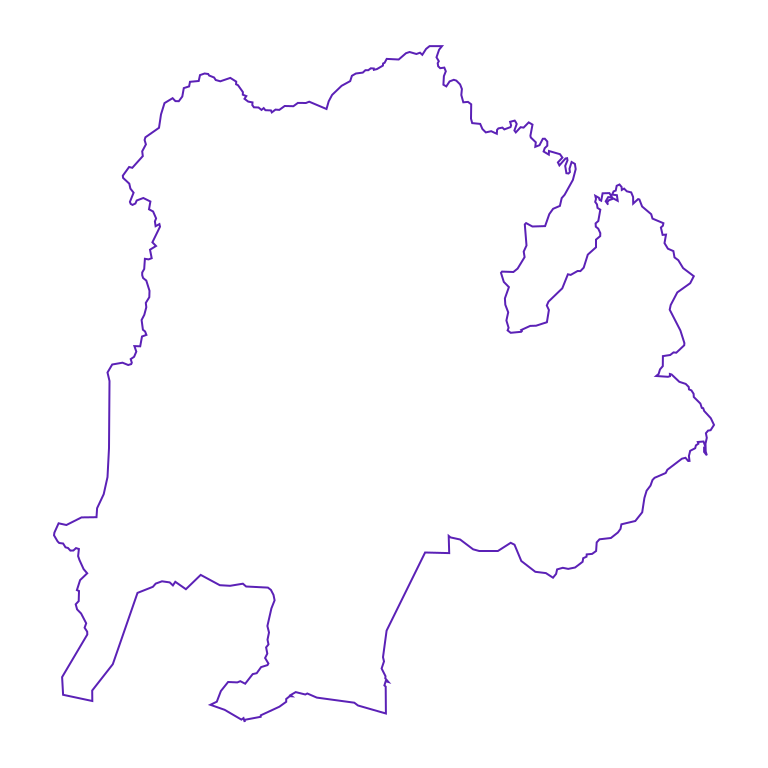 outline of Mineral del Chico, Hidalgo, Mexico
{"feature_id": "50627088B7375180759148", "entity_name": "Mineral del Chico", "entity_type": "district", "adm_level": 2, "iso_a3": "MEX", "parent_name": "Mexico", "parent_adm1": "Hidalgo", "projection": "natural_earth1", "projection_center": [-98.75, 20.22], "detail": "fine", "context": "isolated", "style": "outline", "palette": "violet", "viewbox_px": 768, "rotation_deg": 0, "n_neighbors": 0, "source": "geoboundaries", "source_scale": "gbopen_adm2", "svg_char_len": 6029}
<svg xmlns="http://www.w3.org/2000/svg" viewBox="0 0 768 768"><path d="M144.9,258.8L144.2,269.0L142.2,272.5L142.2,275.2L143.1,278.0L146.3,280.6L149.5,290.8L149.3,297.2L145.8,302.9L146.3,307.2L144.3,314.8L141.6,320.0L142.9,329.7L145.1,331.5L146.4,334.9L142.0,336.5L140.2,346.3L134.4,346.1L136.3,351.6L134.1,356.8L130.7,359.1L131.8,362.7L131.2,364.1L128.2,365.0L122.5,362.7L112.2,364.5L107.5,372.5L109.5,381.0L109.0,448.2L107.5,477.1L103.7,494.2L97.1,508.2L96.5,517.2L81.5,517.4L66.4,525.0L58.6,523.3L54.4,532.6L54.0,535.3L57.6,541.4L59.2,543.0L63.1,543.5L65.5,547.3L68.0,548.0L70.4,550.6L73.4,550.5L76.0,548.1L78.9,549.0L78.1,556.1L79.5,560.1L83.6,569.1L87.2,573.3L80.1,580.1L76.9,590.1L79.0,591.0L78.7,601.1L75.7,604.3L77.1,609.4L81.1,613.5L86.2,623.3L84.6,627.7L87.2,631.7L87.3,634.5L62.1,677.1L63.1,694.8L92.3,701.0L92.2,690.5L112.8,664.2L137.5,592.9L152.9,586.8L155.7,583.6L162.0,581.3L169.7,582.4L172.9,585.4L175.3,581.8L185.9,589.2L200.7,574.9L219.8,585.2L230.1,585.8L242.9,583.7L246.1,586.5L267.9,587.6L270.9,589.9L273.5,594.9L274.6,600.3L271.4,608.4L267.4,626.0L269.0,632.5L267.5,639.7L268.5,644.4L266.1,647.4L267.3,653.6L265.1,658.0L268.4,663.5L267.5,665.1L261.1,667.1L256.7,673.2L252.7,674.1L245.2,683.7L240.3,681.2L237.3,682.4L228.1,682.0L220.9,691.0L216.8,701.7L210.4,704.8L224.6,709.8L241.4,719.6L243.5,718.1L244.7,721.9L244.8,719.8L260.7,716.8L260.8,715.3L279.4,706.7L286.2,701.8L286.2,699.0L289.7,696.2L291.9,696.3L290.4,695.2L295.7,692.1L305.3,694.5L307.3,693.5L316.8,697.6L354.3,702.7L358.0,705.5L385.9,713.5L385.7,686.6L384.4,685.4L385.7,681.2L388.4,682.0L385.3,678.4L385.5,676.2L381.6,668.5L384.0,661.4L383.0,657.2L386.6,630.6L425.1,552.5L449.2,553.1L448.7,535.9L450.5,537.4L460.1,539.5L473.1,549.3L479.2,551.0L497.9,551.0L510.7,542.8L514.5,544.7L521.3,561.0L535.3,571.8L545.9,573.1L553.0,577.7L556.1,573.9L557.1,569.4L562.8,567.8L568.2,568.9L575.1,567.5L582.6,561.8L583.2,558.2L586.5,556.7L586.7,554.4L592.1,553.9L596.1,551.0L596.7,542.4L599.5,539.3L610.9,538.0L617.9,532.5L620.5,528.9L621.4,524.3L635.3,521.0L642.2,512.3L644.4,498.0L646.6,490.7L650.5,485.6L652.5,480.0L654.6,477.8L665.7,473.0L667.4,469.7L681.9,458.7L685.5,457.8L688.2,461.0L689.5,460.9L688.9,456.0L690.2,450.8L695.2,448.2L695.9,445.4L698.4,443.7L697.8,442.0L703.5,441.5L705.2,446.2L705.2,447.8L704.1,447.7L704.1,451.9L706.8,455.3L705.7,451.4L705.5,443.7L706.8,437.8L705.9,433.2L708.1,430.6L710.6,430.2L714.0,424.9L710.8,418.2L704.2,411.0L703.2,408.2L701.8,407.9L700.4,403.6L693.8,397.0L693.6,393.8L691.4,390.4L689.0,389.4L688.7,386.9L685.7,383.9L679.3,381.8L671.6,374.5L669.9,374.0L670.0,376.2L668.0,376.8L656.2,376.0L658.6,374.0L660.0,369.4L662.8,366.1L662.9,356.1L670.2,355.0L673.5,352.4L676.3,352.7L684.2,345.3L684.4,343.1L680.4,330.5L669.7,309.7L670.7,305.0L677.3,292.4L690.2,283.2L693.8,276.2L683.1,268.1L678.3,260.2L674.5,257.4L673.4,251.1L667.9,248.7L664.5,243.1L666.0,234.6L662.6,234.9L660.9,227.5L662.9,225.7L663.4,223.2L652.5,218.6L651.2,214.2L642.1,206.5L639.4,199.5L638.1,199.1L633.2,203.6L633.1,197.0L631.2,192.4L626.8,191.3L624.1,188.6L621.8,189.9L621.6,187.0L619.5,184.5L616.7,185.8L615.7,190.6L613.6,191.4L612.1,194.6L616.9,195.2L617.7,200.8L613.6,198.6L608.9,200.2L607.0,202.8L608.2,204.7L605.7,201.3L608.2,197.1L612.1,197.4L609.4,193.1L602.6,193.3L601.2,200.7L599.6,199.9L598.9,197.8L595.3,195.8L596.0,198.9L595.2,201.9L597.0,204.4L597.5,207.9L600.3,209.7L598.3,221.0L595.6,223.4L595.8,226.7L598.2,228.6L600.3,233.1L600.2,236.1L596.0,239.6L596.0,247.3L587.8,254.6L583.7,267.7L580.4,271.1L577.6,271.0L570.7,274.9L567.9,274.3L562.3,288.3L548.5,301.6L546.8,305.5L548.9,310.0L546.9,322.2L536.1,325.7L530.2,325.9L521.2,330.0L521.9,331.0L521.2,331.8L510.7,332.8L507.6,330.4L508.6,327.8L506.4,320.5L508.2,312.3L505.3,304.7L504.9,298.4L508.9,287.1L503.8,281.9L501.0,272.9L502.0,271.6L513.4,272.0L517.6,268.6L524.6,257.1L523.7,251.6L526.5,245.5L524.8,224.4L526.1,223.1L532.4,226.5L545.1,226.1L549.3,214.1L553.1,208.8L559.9,205.9L561.7,198.1L564.6,194.8L572.9,179.9L575.7,169.1L574.9,163.9L571.6,162.0L569.5,168.8L569.9,172.1L568.5,173.5L566.4,173.2L565.2,165.9L567.5,160.3L567.1,158.2L565.5,158.5L559.4,165.4L557.9,162.4L562.4,157.6L560.0,154.2L549.0,151.0L548.8,154.6L543.6,151.5L544.7,148.2L547.3,145.7L547.3,141.5L544.8,138.7L542.8,138.8L539.5,145.2L535.3,146.8L535.8,142.3L530.8,137.5L530.4,135.8L532.5,124.6L528.7,122.4L523.6,127.6L520.6,127.2L515.8,132.4L514.4,130.5L516.7,124.0L515.8,122.2L514.7,120.6L510.1,121.8L511.1,125.4L510.5,127.1L504.3,129.4L502.4,127.6L498.4,128.4L497.1,129.8L496.8,133.8L491.2,131.2L485.8,132.4L482.4,129.0L480.2,123.9L472.2,123.1L471.0,118.7L471.2,104.3L468.0,101.9L463.3,102.3L461.3,95.0L461.9,89.0L460.1,84.4L456.3,80.6L453.8,79.8L449.6,81.4L446.3,86.4L443.4,84.7L443.9,76.1L445.8,71.3L444.3,67.6L440.2,68.2L438.2,66.3L437.7,63.2L438.8,61.2L436.5,57.3L439.1,49.7L442.0,46.1L429.6,46.1L426.1,48.9L422.3,54.8L420.0,52.7L416.4,54.0L409.6,52.0L406.0,53.2L398.7,59.5L386.7,58.9L384.6,62.8L383.1,63.5L382.9,65.6L376.9,69.1L373.9,69.8L373.8,68.5L370.8,68.3L368.3,70.2L365.4,70.2L362.8,72.6L355.9,73.5L351.9,75.8L350.2,81.1L341.6,85.8L332.1,94.9L328.7,101.3L326.5,109.0L309.2,101.7L305.9,103.0L297.9,102.9L293.4,106.2L284.7,106.0L279.3,109.9L275.5,109.6L271.8,112.4L270.9,110.4L265.4,110.2L263.7,108.1L261.5,109.9L258.5,107.5L253.9,107.3L252.3,105.1L252.5,102.4L248.2,101.6L244.5,98.8L246.3,96.1L242.8,94.7L242.9,92.1L238.0,85.2L236.1,84.3L236.2,81.6L230.3,77.9L220.3,81.3L215.7,80.0L214.1,77.5L209.1,75.5L208.2,74.0L204.6,73.5L200.0,75.1L198.7,81.0L190.0,81.8L189.1,86.4L183.8,88.1L182.3,96.5L178.8,101.2L175.4,101.1L172.6,98.2L164.5,103.1L161.0,114.4L159.0,127.8L145.4,137.3L144.6,140.0L145.9,144.4L142.2,151.3L142.8,156.1L132.3,167.8L129.1,167.0L122.8,175.7L123.1,177.9L129.3,183.7L130.4,188.6L133.6,192.7L129.9,201.9L130.7,203.9L132.5,204.9L135.4,203.5L136.7,200.5L143.3,198.0L150.4,201.5L149.0,209.3L153.1,211.5L156.1,218.4L154.9,221.4L155.6,226.2L159.4,224.1L160.0,226.7L152.4,242.3L156.0,246.0L150.0,249.7L151.7,258.2L148.6,259.4L144.9,258.8Z" fill="none" stroke="#5b21b6" stroke-width="2"/></svg>